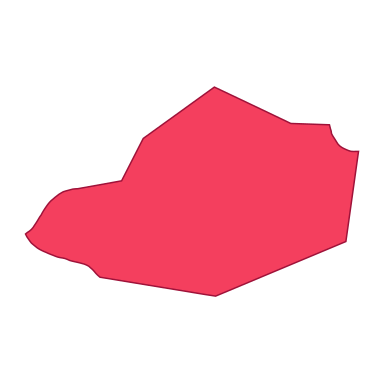 Castro Barros, La Rioja, Argentina (Mercator projection), rotated 89°
{"feature_id": "61730980B97852769949948", "entity_name": "Castro Barros", "entity_type": "district", "adm_level": 2, "iso_a3": "ARG", "parent_name": "Argentina", "parent_adm1": "La Rioja", "projection": "mercator", "projection_center": [-66.905, -28.889], "detail": "fine", "context": "isolated", "style": "filled", "palette": "rose", "viewbox_px": 384, "rotation_deg": 89, "n_neighbors": 0, "source": "geoboundaries", "source_scale": "gbopen_adm2", "svg_char_len": 1263}
<svg xmlns="http://www.w3.org/2000/svg" viewBox="0 0 384 384"><g transform="rotate(89 192 192)"><path d="M154.3,24.8L154.3,27.5L154.3,30.0L154.1,32.4L153.3,34.8L152.3,37.1L151.2,39.4L150.0,41.5L148.5,43.5L146.7,45.2L144.6,46.5L142.4,47.8L140.3,49.1L138.2,50.4L136.0,51.5L133.5,51.8L131.1,52.5L127.2,53.4L125.2,92.0L123.6,95.2L104.8,132.9L87.5,167.8L137.6,239.8L179.6,262.2L186.7,306.0L186.8,308.5L187.0,311.0L187.6,313.5L188.2,315.9L188.8,318.3L189.5,320.7L190.7,322.9L192.0,325.1L193.5,327.1L195.0,329.1L196.6,331.0L198.2,333.0L199.9,334.7L201.8,336.3L203.8,337.8L205.9,339.3L208.0,340.7L210.1,342.0L212.3,343.2L214.3,344.7L216.4,346.0L218.5,347.3L220.6,348.7L222.6,350.1L224.7,351.5L226.6,353.2L228.2,355.1L229.5,357.2L231.1,359.2L234.0,357.8L236.1,356.4L238.2,355.0L240.2,353.5L241.9,351.6L243.5,349.7L245.1,347.8L246.5,345.7L247.7,343.5L248.8,341.3L249.8,339.0L250.9,336.7L251.9,334.4L252.8,332.1L253.8,329.8L254.7,327.4L255.3,325.0L255.7,322.6L256.3,320.1L257.2,317.8L258.3,315.5L259.0,313.1L259.6,310.7L260.2,308.2L260.8,305.8L261.5,303.4L262.2,301.0L263.2,298.7L264.4,296.5L266.1,294.7L267.8,292.8L269.6,291.2L271.6,289.6L273.4,287.9L275.6,285.5L294.6,181.3L296.5,170.2L244.2,39.0L154.3,24.8Z" fill="#f43f5e" stroke="#9f1239" stroke-width="1.5"/></g></svg>